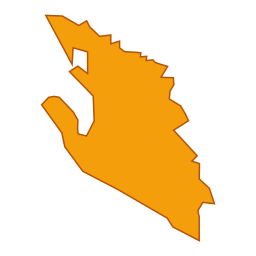 Vlorë, Vlorë, Albania
{"feature_id": "67620474B72762453157270", "entity_name": "Vlorë", "entity_type": "district", "adm_level": 2, "iso_a3": "ALB", "parent_name": "Albania", "parent_adm1": "Vlorë", "projection": "equal_earth", "projection_center": [19.584, 40.349], "detail": "fine", "context": "isolated", "style": "filled", "palette": "amber", "viewbox_px": 256, "rotation_deg": 0, "n_neighbors": 0, "source": "geoboundaries", "source_scale": "gbopen_adm2", "svg_char_len": 858}
<svg xmlns="http://www.w3.org/2000/svg" viewBox="0 0 256 256"><path d="M45.8,15.4L72.1,64.4L73.1,47.8L87.6,51.9L87.6,73.6L77.8,66.1L69.5,71.6L93.2,96.0L94.2,121.0L86.5,136.0L78.2,133.9L77.6,129.5L77.9,120.1L73.4,112.2L67.3,105.7L59.2,97.3L54.2,96.4L48.8,97.3L41.6,104.8L61.8,132.8L64.8,146.8L82.8,171.3L118.0,189.6L167.2,218.1L172.9,227.0L199.2,240.6L199.2,217.1L197.9,210.6L202.8,202.4L214.4,203.7L209.4,188.4L199.2,178.9L199.5,163.7L191.9,161.1L197.2,155.8L173.6,130.2L188.5,120.7L185.2,113.7L180.6,105.9L169.3,99.0L170.0,91.2L173.9,84.6L173.3,77.7L161.0,77.3L167.6,66.4L161.9,64.7L156.9,63.1L154.5,62.0L153.0,59.9L152.4,59.9L148.6,60.3L146.1,60.5L146.7,56.3L140.4,56.9L140.8,52.7L124.3,51.6L119.6,47.8L119.6,41.1L110.8,43.8L110.8,35.0L99.5,36.3L89.7,26.9L86.6,20.8L78.8,25.5L62.3,16.0L45.8,15.4Z" fill="#f59e0b" stroke="#b45309" stroke-width="1.5"/></svg>